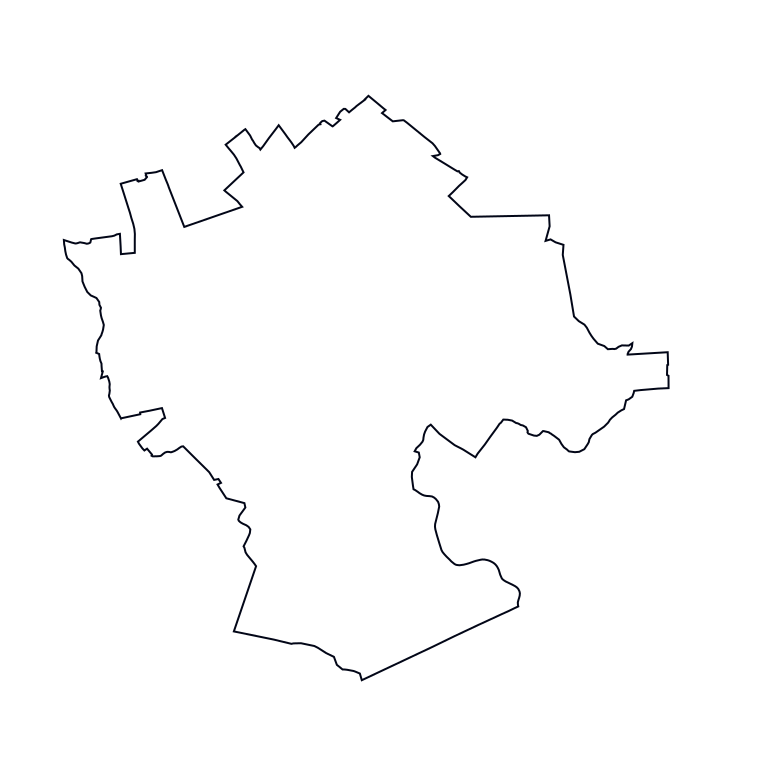 Sanmartin, Bihor, Romania, rotated 348°
{"feature_id": "2599482B24432048687552", "entity_name": "Sanmartin", "entity_type": "district", "adm_level": 2, "iso_a3": "ROU", "parent_name": "Romania", "parent_adm1": "Bihor", "projection": "equal_earth", "projection_center": [21.97, 46.975], "detail": "fine", "context": "isolated", "style": "outline", "palette": "ink", "viewbox_px": 768, "rotation_deg": 348, "n_neighbors": 0, "source": "geoboundaries", "source_scale": "gbopen_adm2", "svg_char_len": 6151}
<svg xmlns="http://www.w3.org/2000/svg" viewBox="0 0 768 768"><g transform="rotate(348 384 384)"><path d="M635.4,395.7L631.4,397.3L624.7,395.7L621.2,396.4L618.4,397.7L616.5,397.7L615.1,397.2L610.2,396.5L607.4,392.7L601.5,389.0L598.3,383.2L596.9,380.0L595.6,376.4L594.1,371.1L592.4,367.6L587.6,363.0L583.9,357.5L584.9,335.2L585.7,294.9L588.5,285.2L581.3,281.1L577.0,277.2L571.8,277.6L578.8,264.2L580.5,253.3L503.7,238.5L494.7,225.7L488.5,216.6L486.4,213.6L491.0,210.8L498.6,205.8L503.1,203.2L506.1,201.4L508.3,199.1L507.4,198.4L506.9,198.1L503.9,195.2L501.9,192.8L501.8,192.1L501.5,191.3L500.1,191.3L498.1,189.5L489.6,181.4L481.0,173.3L479.2,171.2L484.3,171.4L486.8,170.7L486.8,170.1L483.3,161.8L481.5,158.6L475.1,151.0L460.9,133.3L458.2,130.2L457.4,129.9L447.2,128.9L438.4,118.6L442.5,116.3L440.9,114.4L434.4,106.1L428.7,98.9L424.4,101.6L424.6,101.9L415.1,106.3L413.1,107.5L409.7,109.2L406.3,111.0L403.4,106.9L401.8,106.5L397.7,108.6L392.5,113.9L396.0,116.5L392.2,118.7L388.2,120.9L387.4,121.3L387.2,121.3L380.5,114.0L378.3,114.0L377.3,114.5L375.7,115.6L375.8,116.7L374.0,116.7L362.0,124.1L353.3,130.3L348.8,132.7L347.2,133.7L345.7,134.4L345.2,132.4L343.7,128.6L342.7,126.4L340.9,122.6L339.4,119.1L334.8,109.0L331.4,112.0L322.5,119.6L315.3,126.2L311.8,129.0L311.3,127.3L310.4,126.5L309.2,125.1L308.3,124.0L307.2,121.3L306.3,118.4L305.9,117.8L304.7,113.1L301.4,105.9L300.3,106.3L290.5,111.3L290.5,111.1L290.1,111.3L290.1,111.5L278.9,117.0L281.0,121.1L282.3,123.5L284.9,128.5L285.9,131.1L286.5,132.6L287.7,136.9L288.5,139.8L289.1,141.6L290.6,147.8L268.1,161.4L269.1,162.8L278.6,174.6L280.4,178.2L281.6,180.3L282.1,181.2L221.3,188.8L214.3,146.3L214.3,145.8L213.9,143.2L213.1,139.0L211.4,128.7L205.0,129.4L200.5,129.1L194.6,128.5L194.7,130.0L194.3,130.6L194.6,131.4L195.2,131.8L195.2,132.3L192.3,134.5L186.1,134.9L186.1,134.1L185.1,134.1L184.9,132.3L168.1,133.4L169.1,143.4L169.6,148.6L170.6,158.9L171.1,163.7L171.4,169.2L172.0,175.1L172.1,180.4L171.5,185.5L170.3,190.7L167.5,203.9L153.7,202.3L155.0,194.6L156.9,182.2L153.7,182.1L151.1,182.8L148.6,182.9L131.5,181.6L128.3,181.4L127.6,181.5L126.2,184.5L125.3,184.9L123.7,185.1L122.4,185.0L120.3,183.9L116.1,182.2L113.4,182.5L112.1,182.5L111.1,182.3L107.9,180.7L100.8,176.6L100.2,181.1L100.2,184.0L99.9,187.7L99.9,191.4L100.3,195.0L100.8,195.9L101.9,197.1L103.6,199.4L105.8,203.7L109.0,207.6L111.1,212.7L111.2,215.7L110.4,221.0L111.4,226.7L112.9,232.3L115.6,236.4L118.5,238.5L120.6,240.1L122.5,244.6L122.1,247.4L123.0,250.6L122.2,252.4L121.7,253.2L121.4,258.1L121.5,260.9L122.0,264.8L122.2,268.0L120.5,272.4L119.4,274.5L118.1,276.6L117.6,277.6L113.3,282.0L110.8,287.4L109.4,292.9L109.0,293.6L111.6,295.4L111.4,297.7L111.3,300.2L111.4,302.7L111.9,305.3L111.5,307.5L110.8,312.7L111.3,312.7L111.6,313.1L108.4,319.4L110.4,319.1L112.7,318.8L114.9,318.8L115.4,320.5L115.8,324.5L115.7,327.1L114.8,330.0L114.5,332.2L114.5,333.2L113.3,336.6L112.6,337.9L112.5,338.8L112.5,339.7L113.8,344.7L114.7,347.5L114.8,348.3L115.3,350.4L115.8,351.7L116.7,353.7L117.3,355.2L117.7,356.5L119.6,363.1L119.8,362.9L139.3,362.9L139.5,361.2L139.8,361.2L149.3,361.4L161.8,361.4L162.8,371.7L160.0,372.2L155.0,376.1L152.6,377.7L146.5,381.1L133.6,388.0L132.9,388.4L131.3,389.2L131.9,391.4L134.3,396.8L135.8,399.2L138.8,398.0L142.4,404.8L141.7,405.8L142.6,406.6L143.7,406.9L145.5,407.2L146.3,407.4L148.3,407.7L149.9,407.9L150.9,407.8L151.9,407.3L153.3,406.5L155.6,405.5L157.3,405.3L157.9,405.3L158.7,405.5L159.7,405.8L161.4,406.5L162.7,406.4L165.2,406.0L168.3,405.0L170.2,404.1L172.8,403.1L174.6,403.2L181.1,413.2L184.9,419.0L190.9,428.1L194.7,433.9L197.9,442.5L202.3,442.5L204.0,446.8L200.3,447.7L201.6,451.6L206.0,463.0L222.7,471.5L222.7,476.0L215.3,482.6L213.3,486.3L213.5,487.5L214.2,488.6L215.2,489.8L217.0,491.4L220.0,493.6L221.9,495.7L223.0,498.4L221.8,501.9L220.5,503.9L216.8,508.8L212.9,513.6L213.4,515.1L213.6,519.9L214.6,522.7L218.7,530.5L219.9,533.0L221.0,535.6L185.7,594.8L223.1,611.1L239.4,618.9L241.5,618.9L248.9,620.3L261.4,625.8L264.4,628.2L271.5,635.2L278.3,640.5L279.5,648.9L284.1,654.6L286.2,655.1L288.6,655.9L294.6,658.4L296.2,659.4L300.2,662.2L300.7,669.1L377.2,651.1L400.6,645.3L426.1,639.3L451.3,633.6L459.1,631.9L465.1,630.4L469.1,629.5L469.1,627.9L469.5,625.4L470.6,623.2L471.7,621.3L472.7,619.3L473.4,617.0L473.4,615.0L473.2,614.2L472.7,612.3L471.6,610.5L470.2,609.0L468.2,607.3L461.9,602.4L460.3,600.8L459.2,599.4L458.8,598.5L458.4,596.6L458.0,594.7L457.8,592.0L457.6,589.6L457.0,587.2L456.4,585.5L455.4,583.6L454.0,581.8L452.2,580.2L450.5,578.9L448.8,577.9L445.8,576.6L443.7,576.1L441.9,576.0L437.1,576.1L434.9,576.3L429.9,577.0L427.2,577.2L424.4,577.3L420.2,577.0L418.6,576.5L417.0,575.9L415.6,574.8L413.0,571.6L411.6,569.3L409.3,565.9L407.7,563.2L406.4,560.7L405.7,558.4L405.0,551.1L404.3,542.9L404.0,536.8L404.2,534.2L404.9,531.6L409.8,521.6L412.5,515.4L412.7,513.0L412.4,510.5L410.8,507.3L409.4,505.5L407.6,504.0L405.1,503.1L402.2,502.3L400.1,501.4L398.3,500.2L396.1,498.2L394.7,496.6L392.5,494.3L391.0,493.1L391.2,489.4L391.9,480.7L393.2,475.8L399.7,469.5L403.7,463.1L403.8,458.3L400.0,456.2L402.3,453.5L406.6,450.9L409.7,448.4L410.8,446.8L411.5,444.6L412.7,441.7L414.3,439.1L417.6,435.1L421.3,433.5L427.9,444.3L440.4,458.5L442.2,460.0L445.8,462.9L447.9,464.7L458.2,474.7L461.2,471.5L470.0,464.2L476.9,457.8L485.3,450.3L488.8,446.9L490.3,446.2L493.3,443.6L497.6,444.7L501.7,446.4L505.2,449.7L506.3,450.1L507.5,450.9L509.2,452.5L511.2,453.4L513.9,455.8L514.9,459.8L514.3,461.1L514.6,462.0L515.0,462.7L519.9,465.6L522.7,466.5L525.4,465.9L529.7,463.1L530.5,463.3L534.1,465.0L535.2,465.5L535.6,466.2L536.9,467.2L537.9,468.4L539.5,470.0L543.7,474.9L545.1,479.5L546.8,483.3L549.4,486.2L550.1,487.3L551.0,488.4L556.6,490.4L560.9,490.9L566.4,489.4L570.8,485.1L572.2,483.5L573.5,480.6L576.7,477.1L577.8,476.4L580.7,475.6L590.4,471.5L595.2,468.4L596.8,466.8L597.5,466.0L600.3,464.1L604.1,462.2L606.7,460.6L610.7,459.1L613.6,458.4L617.4,450.3L620.1,449.9L624.2,448.1L626.3,444.8L627.3,442.7L633.7,443.3L651.3,445.5L661.5,447.2L664.0,435.1L662.7,434.0L665.0,424.4L665.9,424.3L668.1,411.9L628.4,405.9L628.5,405.4L629.9,403.3L632.8,401.2L634.3,399.0L635.4,395.7Z" fill="none" stroke="#020617" stroke-width="2"/></g></svg>